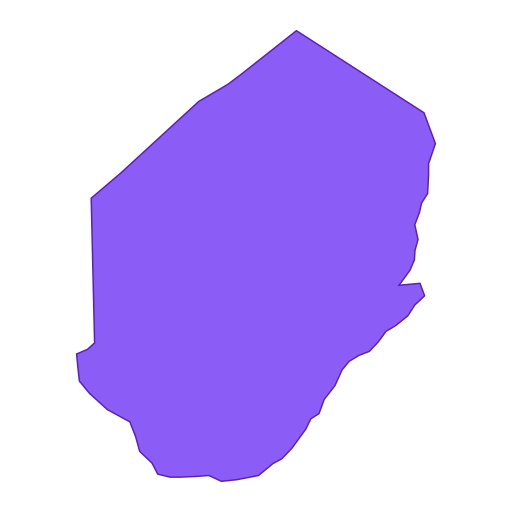 Serrinha dos Pintos, Rio Grande do Norte, Brazil (orthographic projection)
{"feature_id": "56859067B3628897818784", "entity_name": "Serrinha dos Pintos", "entity_type": "district", "adm_level": 2, "iso_a3": "BRA", "parent_name": "Brazil", "parent_adm1": "Rio Grande do Norte", "projection": "orthographic", "projection_center": [-37.983, -6.143], "detail": "fine", "context": "isolated", "style": "filled", "palette": "violet", "viewbox_px": 512, "rotation_deg": 0, "n_neighbors": 0, "source": "geoboundaries", "source_scale": "gbopen_adm2", "svg_char_len": 818}
<svg xmlns="http://www.w3.org/2000/svg" viewBox="0 0 512 512"><path d="M407.8,315.8L414.8,305.0L424.6,295.8L420.0,283.3L399.0,285.3L409.8,270.5L414.4,260.0L415.0,250.4L418.0,239.5L414.8,224.7L419.4,212.6L421.6,203.0L427.6,193.6L428.6,174.7L428.6,163.6L435.4,143.6L424.0,112.8L296.4,30.7L242.7,73.1L227.9,84.3L198.8,101.4L120.7,173.1L91.2,198.2L94.6,342.9L87.4,349.4L76.6,354.0L77.8,366.8L79.4,381.1L89.6,393.5L107.4,409.6L129.9,421.9L135.7,436.9L139.7,451.4L152.1,463.2L157.7,474.1L169.9,477.1L180.8,477.1L194.6,476.5L208.8,475.5L221.4,481.3L236.7,479.7L258.5,475.5L272.9,463.6L282.0,458.6L292.0,448.1L305.8,429.1L310.8,418.8L319.0,413.6L324.2,399.4L334.9,385.7L342.1,369.8L349.3,361.2L358.9,355.4L369.3,351.4L378.1,342.1L386.0,331.3L395.8,325.5L407.8,315.8Z" fill="#8b5cf6" stroke="#5b21b6" stroke-width="1.5"/></svg>